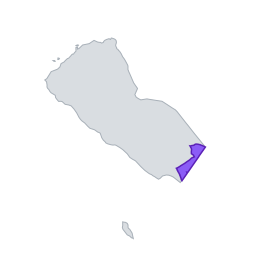 Shahin, Al Mahrah, Yemen shown in context, rotated 59°
{"feature_id": "15242507B71328549079212", "entity_name": "Shahin", "entity_type": "district", "adm_level": 2, "iso_a3": "YEM", "parent_name": "Yemen", "parent_adm1": "Al Mahrah", "projection": "orthographic", "projection_center": [52.4, 17.895], "detail": "fine", "context": "in_parent", "style": "filled", "palette": "violet", "viewbox_px": 256, "rotation_deg": 59, "n_neighbors": 0, "source": "geoboundaries", "source_scale": "gbopen_adm2", "svg_char_len": 4260}
<svg xmlns="http://www.w3.org/2000/svg" viewBox="0 0 256 256"><g transform="rotate(59 128 128)"><path d="M201.7,111.3L193.5,114.4L191.4,115.7L189.4,117.4L188.0,119.4L186.9,123.1L187.7,126.4L187.6,128.2L185.5,129.3L183.5,130.2L181.3,131.5L180.0,131.8L178.9,132.8L177.6,133.5L173.0,135.4L168.0,136.8L160.0,138.5L156.9,140.3L154.1,141.6L149.8,141.9L143.9,143.6L140.7,145.0L136.6,147.2L135.7,148.0L134.9,149.7L133.7,151.1L131.2,153.5L129.3,154.7L128.1,154.7L125.7,155.4L122.9,155.5L118.2,154.5L117.0,155.1L116.0,156.0L112.3,157.6L108.6,160.8L105.8,161.6L101.4,162.5L98.3,163.8L96.3,164.3L93.6,164.5L88.7,164.2L84.1,164.5L79.8,165.3L77.7,167.0L75.3,169.7L71.5,170.8L70.6,171.7L69.4,173.8L66.9,174.2L64.7,174.4L62.5,173.5L58.2,175.8L56.6,176.1L54.1,176.1L52.4,176.5L51.1,176.3L49.6,175.3L46.4,174.0L44.0,174.6L43.9,172.2L40.1,164.8L41.2,158.6L41.2,157.7L40.6,154.9L38.3,152.2L38.5,148.9L37.8,146.6L37.3,144.1L37.5,143.5L37.6,142.9L36.5,139.2L36.2,138.4L36.0,137.6L36.5,137.1L36.5,136.4L35.9,135.2L35.3,133.0L32.2,131.2L32.9,129.6L33.5,130.2L34.3,130.7L34.5,129.7L34.6,129.0L33.5,124.1L35.7,117.8L35.4,112.0L38.5,109.9L39.2,109.2L39.7,108.6L40.5,107.4L41.5,107.0L41.9,105.6L41.9,104.9L41.3,104.3L40.9,102.7L41.1,100.6L41.3,99.8L41.7,98.2L42.8,97.7L43.1,97.3L42.3,96.2L42.4,95.7L44.3,94.1L45.0,93.6L46.2,93.2L47.1,93.2L48.1,93.6L49.0,94.1L49.8,95.0L50.7,96.0L52.2,96.4L53.2,96.3L54.0,96.8L54.7,96.6L55.5,96.1L56.7,96.2L57.8,95.7L61.0,95.6L64.1,95.9L67.3,95.6L70.5,95.7L73.8,95.9L74.5,96.0L75.2,96.3L77.8,97.9L79.9,98.3L84.0,98.8L88.5,99.4L92.3,99.9L95.6,99.7L98.3,99.5L99.0,99.5L99.8,100.5L101.4,102.8L102.9,104.9L105.6,105.1L107.3,104.4L109.3,103.3L110.5,102.5L111.9,99.0L112.8,96.8L114.9,94.4L116.6,92.3L118.9,89.6L120.2,88.0L122.6,85.1L125.0,83.9L129.5,81.7L133.9,79.6L136.7,78.1L139.2,77.5L143.2,77.0L148.0,76.4L152.8,75.8L157.8,75.1L163.5,74.4L167.4,73.9L172.3,73.2L176.4,72.6L180.1,72.1L183.8,71.6L184.5,73.3L185.3,75.0L186.0,76.7L186.7,78.4L187.4,80.1L188.1,81.8L188.8,83.5L189.5,85.1L190.2,86.8L190.9,88.5L191.6,90.2L192.4,91.9L193.1,93.6L193.8,95.3L194.5,97.0L195.2,98.7L195.9,100.3L197.1,100.9L197.8,102.4L198.8,104.7L199.7,106.9L200.7,109.1L201.7,111.3ZM213.1,179.1L214.1,179.3L215.7,178.7L220.1,178.6L225.5,180.4L224.5,180.9L223.9,181.6L221.5,182.2L219.2,183.7L212.4,184.5L210.4,184.1L208.8,182.7L205.7,180.9L206.9,179.7L207.2,179.2L207.6,178.7L209.3,177.8L211.1,177.9L213.1,179.1ZM33.4,152.6L33.2,152.9L32.9,152.8L31.9,151.9L33.0,150.9L33.6,151.9L33.4,152.6ZM31.2,129.9L30.6,130.3L30.5,129.6L30.9,128.2L31.5,127.8L31.8,128.9L31.5,129.5L31.2,129.9ZM32.7,157.1L31.6,157.5L32.4,156.2L33.1,156.0L33.4,156.1L32.7,157.1Z" fill="#d9dde1" stroke="#a8b0b8" stroke-width="1"/><path d="M175.4,84.1L177.0,84.2L178.0,84.2L179.2,84.6L180.9,85.9L182.7,86.9L184.9,85.9L186.0,86.0L186.9,86.0L186.5,88.7L186.5,88.9L186.5,89.1L186.9,90.7L187.1,91.7L187.2,93.8L187.2,94.5L187.5,97.7L187.5,100.4L187.5,102.4L187.6,102.8L187.6,103.3L187.6,104.5L187.6,106.0L187.4,107.3L187.5,107.3L187.5,107.2L187.8,107.2L188.0,107.2L188.3,107.2L188.4,107.3L188.5,107.3L188.8,107.3L189.0,107.3L189.3,107.4L189.5,107.4L189.8,107.4L189.8,107.5L190.0,107.5L190.3,107.5L190.5,107.5L190.8,107.6L191.0,107.6L191.3,107.6L191.5,107.6L191.8,107.6L192.0,107.6L192.3,107.6L192.5,107.6L192.8,107.6L193.0,107.6L193.3,107.6L193.5,107.6L193.8,107.6L194.0,107.6L194.3,107.6L194.5,107.7L194.8,107.7L194.8,107.8L195.0,107.8L195.3,107.9L195.5,107.9L195.6,108.0L195.8,108.0L196.0,108.0L196.3,108.0L196.5,108.1L196.8,108.1L197.0,108.2L197.2,108.3L197.3,108.3L197.5,108.3L197.8,108.4L198.0,108.4L198.3,108.4L198.5,108.5L198.8,108.6L199.0,108.6L199.3,108.7L199.4,108.8L199.5,108.8L199.8,108.9L200.0,108.9L200.3,108.9L200.5,108.9L200.8,108.9L201.0,108.9L200.9,108.7L197.3,100.6L196.2,100.4L196.3,100.3L196.3,100.2L196.8,99.5L189.0,82.1L188.8,81.9L184.2,71.5L183.9,71.7L183.7,71.8L183.0,72.2L182.0,72.9L181.0,73.6L180.6,74.0L179.7,74.6L179.1,75.2L178.7,75.6L178.0,76.3L177.8,76.6L177.3,77.2L177.2,77.4L177.0,77.7L176.8,78.2L176.7,78.3L176.6,78.5L176.5,78.8L176.6,79.1L176.6,79.3L176.6,79.5L176.7,79.8L176.7,80.0L176.6,80.3L176.6,80.5L176.5,80.9L176.5,81.0L176.4,81.2L176.4,81.3L176.0,82.1L175.9,82.6L175.8,82.8L175.7,83.0L175.5,83.9L175.5,84.0L175.4,84.1Z" fill="#8b5cf6" stroke="#5b21b6" stroke-width="1.5"/></g></svg>